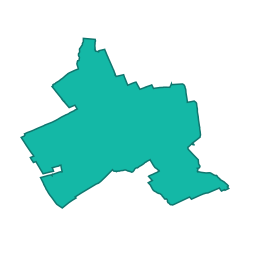 outline of Avrameni, Botosani, Romania, rotated 185°
{"feature_id": "2599482B7109590072975", "entity_name": "Avrameni", "entity_type": "district", "adm_level": 2, "iso_a3": "ROU", "parent_name": "Romania", "parent_adm1": "Botosani", "projection": "natural_earth1", "projection_center": [26.952, 48.014], "detail": "fine", "context": "isolated", "style": "filled", "palette": "teal", "viewbox_px": 256, "rotation_deg": 185, "n_neighbors": 0, "source": "geoboundaries", "source_scale": "gbopen_adm2", "svg_char_len": 5524}
<svg xmlns="http://www.w3.org/2000/svg" viewBox="0 0 256 256"><g transform="rotate(185 128 128)"><path d="M180.3,213.4L180.2,212.1L180.0,210.0L180.5,209.0L180.8,208.2L180.8,207.8L180.7,207.2L180.8,206.7L181.5,205.6L182.4,203.8L182.9,203.1L183.1,202.9L183.1,202.6L183.2,202.2L183.1,201.4L182.9,200.4L182.9,199.9L182.9,199.3L183.1,198.6L183.7,197.9L183.8,197.5L183.7,196.5L183.7,196.1L183.3,195.2L182.8,194.8L182.7,194.6L182.6,194.3L182.5,193.9L182.5,193.7L182.7,191.6L182.9,190.9L184.0,190.6L184.1,190.3L184.2,190.0L184.3,188.8L184.5,187.6L184.4,187.2L184.3,186.8L184.1,186.3L183.8,185.6L183.5,184.9L183.2,184.2L182.7,183.0L182.6,182.5L185.5,181.1L191.3,177.8L192.7,176.8L192.7,176.6L192.9,176.5L194.8,174.7L195.7,173.7L197.0,172.4L197.7,171.6L198.6,171.0L201.0,168.7L203.7,166.8L204.0,166.5L204.5,165.7L205.4,165.4L206.5,164.6L206.6,164.3L206.4,163.8L206.3,163.4L207.3,162.7L203.4,158.6L203.1,158.2L202.5,157.6L196.2,151.1L196.4,151.0L194.4,148.9L194.0,149.1L193.5,148.6L193.6,148.4L193.3,148.0L188.4,143.2L182.9,146.1L180.2,142.5L181.0,142.0L182.4,141.3L183.0,140.6L187.1,138.2L188.5,137.0L189.4,136.5L190.1,136.1L190.9,135.8L191.6,135.3L195.2,133.1L200.2,129.5L204.3,127.0L208.4,125.0L209.6,124.4L211.1,123.7L211.8,123.1L217.5,120.1L224.0,116.5L227.9,114.7L230.6,113.1L230.2,112.5L230.1,112.2L230.1,111.9L230.7,110.9L233.6,109.3L231.1,106.1L230.3,105.2L230.1,104.9L229.9,104.5L228.8,103.2L228.5,102.7L224.6,97.9L222.1,94.9L220.0,92.6L219.4,91.7L222.7,90.1L221.4,88.1L220.2,86.7L219.2,85.4L216.8,86.5L214.5,83.2L213.3,81.6L211.5,79.0L209.8,76.7L208.6,75.0L202.3,77.2L198.4,78.4L198.7,79.1L198.9,79.5L199.2,80.2L199.5,80.6L199.7,81.4L200.0,81.8L195.8,83.4L194.1,83.9L193.3,84.3L193.1,84.7L192.9,84.8L191.6,85.1L191.6,84.8L191.0,82.6L190.5,80.9L189.8,78.7L190.9,78.4L191.4,78.5L192.8,78.0L195.0,77.0L198.4,75.5L199.1,75.5L199.3,75.4L199.5,75.2L199.8,74.7L199.6,74.0L199.8,74.1L200.1,74.5L200.4,74.6L200.6,74.6L203.8,73.6L205.3,73.0L210.8,71.0L207.8,66.2L207.4,65.5L207.0,64.5L204.9,61.3L204.2,59.9L203.0,58.5L202.6,57.8L201.7,56.5L201.4,56.1L200.2,54.6L197.6,51.8L194.0,47.6L192.5,46.0L192.3,45.8L189.3,44.1L187.2,43.0L186.5,42.6L180.4,48.5L177.0,51.3L173.7,53.7L174.7,54.7L168.7,59.3L154.8,69.4L152.4,70.6L152.3,70.8L150.6,72.3L146.5,77.0L139.8,85.1L138.9,84.1L138.3,83.8L137.0,83.8L136.2,84.0L135.8,83.5L134.6,84.1L133.9,84.3L133.2,84.2L131.4,84.9L129.4,85.2L127.3,86.0L126.2,85.8L125.8,85.7L124.5,85.2L124.2,85.3L124.0,85.1L123.1,85.1L122.9,84.9L121.9,84.9L121.6,84.7L120.7,84.3L119.5,84.7L118.5,86.0L117.8,87.4L117.5,88.1L116.9,88.6L115.7,89.2L115.1,89.1L114.2,89.9L113.3,90.8L112.1,91.5L110.5,92.7L109.8,93.3L109.0,94.0L108.0,95.2L107.1,95.6L106.7,96.1L105.3,97.1L104.0,97.8L103.2,98.4L102.8,97.7L99.3,92.8L97.6,90.9L96.6,90.4L95.5,89.8L94.6,88.9L93.4,88.4L93.1,87.9L93.3,87.7L94.4,87.0L94.6,86.7L94.9,86.5L95.8,86.0L96.6,85.6L97.5,85.1L99.1,84.1L102.7,82.2L103.3,81.6L99.2,77.8L100.8,76.8L103.1,75.2L101.3,73.6L100.6,72.9L99.9,71.7L99.6,71.3L98.3,69.3L97.6,68.4L96.4,67.5L94.2,66.6L93.7,66.2L91.9,65.5L91.2,65.5L90.0,65.2L89.8,65.0L89.5,64.8L88.6,64.2L88.1,63.5L87.7,62.9L86.8,62.2L85.9,61.2L85.6,60.7L85.4,60.5L84.6,60.4L84.3,60.5L83.9,60.8L83.7,60.8L83.3,60.6L82.9,60.2L82.4,59.5L82.3,58.2L81.6,57.1L81.4,57.1L81.0,56.8L80.5,56.6L79.4,55.5L78.8,55.3L78.0,55.4L76.9,55.2L75.7,55.8L60.6,64.6L58.6,62.6L49.6,67.7L49.1,67.9L48.7,68.1L47.0,69.0L46.8,69.1L46.5,69.4L46.0,69.3L44.9,69.9L43.1,70.2L42.2,70.5L41.4,71.0L37.1,73.3L32.2,75.9L31.8,76.2L30.5,74.5L29.4,73.3L26.5,75.0L26.0,74.4L22.4,76.5L23.9,78.0L23.0,78.9L23.0,79.1L24.7,80.6L25.9,81.4L27.4,82.6L30.7,84.2L31.7,84.6L31.7,84.8L31.8,85.0L32.3,85.5L34.1,86.7L35.3,88.2L35.6,88.4L35.8,88.5L36.2,88.3L36.6,88.3L38.4,88.7L39.0,89.0L39.3,89.2L41.8,90.4L42.9,90.5L46.4,90.0L48.3,90.1L51.3,90.2L53.4,90.5L53.9,90.5L54.5,90.3L54.9,90.4L55.1,90.7L55.1,91.2L55.0,91.7L54.8,92.2L54.8,93.0L54.9,93.6L55.3,93.9L54.3,94.2L53.8,94.3L53.7,94.4L53.2,95.1L53.0,95.8L53.0,96.2L53.1,96.5L54.1,97.7L54.4,98.1L54.5,98.4L54.7,99.3L54.9,100.5L55.1,101.3L55.2,102.4L61.1,107.5L66.2,112.1L66.4,112.5L66.5,113.1L66.7,114.0L66.0,114.6L63.2,117.7L62.1,117.1L61.7,117.2L61.4,117.0L61.2,117.0L61.4,117.3L61.1,117.5L62.5,118.6L60.3,120.6L55.4,125.2L55.5,125.5L55.4,126.1L55.2,127.1L55.2,127.8L55.3,128.0L55.7,130.2L56.5,133.4L56.6,134.9L57.0,136.0L58.4,141.8L59.1,145.5L60.0,148.9L60.3,150.1L60.6,153.2L60.8,153.8L61.3,155.6L61.9,158.6L62.3,159.1L62.7,159.5L63.3,159.9L64.4,160.6L64.8,160.5L68.2,159.5L71.1,158.8L71.1,159.0L71.9,162.6L73.3,168.1L73.8,171.2L74.3,172.5L74.8,173.4L74.8,173.9L74.9,174.2L75.1,174.6L75.5,175.1L75.8,175.6L76.0,175.8L76.4,176.1L77.3,176.5L77.6,176.6L88.4,175.0L88.6,175.8L88.7,175.5L88.9,174.7L89.9,172.2L95.4,171.8L96.2,171.7L96.6,171.5L99.9,171.1L101.3,170.7L105.1,169.9L106.0,169.6L106.6,170.5L106.8,170.9L108.1,173.0L108.6,172.7L113.8,170.4L113.7,170.3L119.5,167.6L124.0,174.4L125.0,174.1L127.4,173.0L129.5,171.9L132.0,170.6L132.4,171.4L133.0,172.5L135.1,176.7L136.0,178.4L137.0,180.7L144.3,178.3L144.8,179.2L145.0,179.4L145.6,179.6L145.7,179.8L145.4,180.3L145.4,180.5L145.8,181.1L147.0,183.5L147.1,183.9L147.2,184.2L147.9,185.2L148.4,186.2L152.5,193.7L153.4,195.3L153.7,195.8L154.3,197.1L155.1,198.4L156.4,201.0L158.0,204.0L158.1,204.3L163.6,202.5L163.8,202.3L163.7,201.7L163.8,201.4L164.0,201.3L165.9,201.7L166.9,201.7L167.0,201.7L167.8,203.2L167.9,203.5L167.6,203.6L167.7,204.0L167.9,205.5L168.2,206.8L168.2,209.6L168.4,210.2L168.3,210.6L168.1,211.0L168.0,212.1L168.3,212.7L168.4,213.4L180.3,213.4Z" fill="#14b8a6" stroke="#0f766e" stroke-width="1.5"/></g></svg>